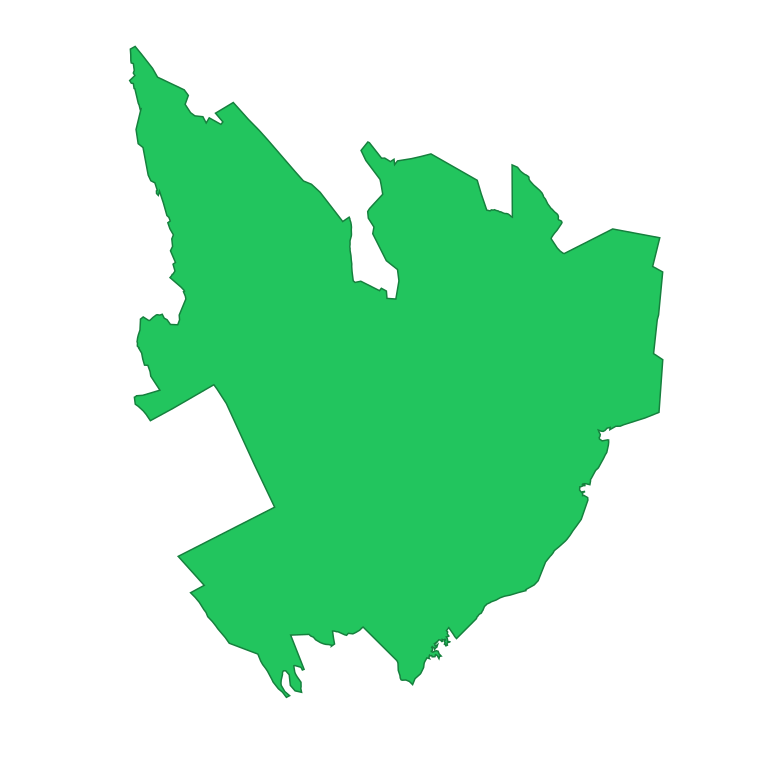 outline of San Lucas Ojitlán, Oaxaca, Mexico, rotated 184°
{"feature_id": "50627088B65217892760777", "entity_name": "San Lucas Ojitlán", "entity_type": "district", "adm_level": 2, "iso_a3": "MEX", "parent_name": "Mexico", "parent_adm1": "Oaxaca", "projection": "robinson", "projection_center": [-96.36, 18.035], "detail": "fine", "context": "isolated", "style": "filled", "palette": "green", "viewbox_px": 768, "rotation_deg": 184, "n_neighbors": 0, "source": "geoboundaries", "source_scale": "gbopen_adm2", "svg_char_len": 6123}
<svg xmlns="http://www.w3.org/2000/svg" viewBox="0 0 768 768"><g transform="rotate(184 384 384)"><path d="M655.8,703.4L660.4,700.4L659.6,694.8L659.1,689.0L658.6,686.7L656.4,686.1L655.0,679.4L655.8,676.7L654.0,674.3L658.9,669.0L657.1,666.5L655.0,666.2L653.9,661.3L653.1,661.1L648.7,646.9L647.7,645.1L646.4,640.9L645.6,641.4L649.1,620.6L646.0,606.6L640.9,603.1L633.8,575.9L630.8,570.5L626.6,568.7L623.7,561.4L624.5,560.8L624.2,558.2L622.3,556.4L621.4,560.7L616.8,549.4L612.3,536.9L610.2,535.2L608.6,531.7L610.9,529.8L608.4,523.9L604.5,518.1L605.8,513.9L604.5,506.5L606.3,502.0L600.5,490.7L602.8,488.8L600.4,482.1L602.2,478.9L602.9,478.6L603.5,477.1L604.9,475.2L593.0,466.3L589.9,463.4L589.5,462.7L590.5,462.1L588.3,457.8L587.6,455.0L593.1,438.5L592.4,433.7L593.9,428.7L601.2,428.5L604.9,433.0L607.8,434.3L610.1,438.1L612.4,437.1L615.2,437.3L616.1,436.9L619.1,434.3L622.0,431.1L623.2,431.0L628.9,434.1L631.5,431.7L631.4,430.6L631.2,420.8L632.5,415.8L633.0,412.9L633.3,408.8L632.8,407.9L632.7,404.6L630.9,403.0L631.2,402.7L627.9,397.9L626.4,392.1L624.2,386.1L620.9,386.2L618.2,380.0L617.2,375.5L607.1,362.2L623.9,355.9L630.1,355.0L631.0,354.0L632.1,353.4L630.7,346.5L627.6,344.6L622.2,340.3L619.1,337.0L614.5,331.1L592.6,345.1L553.7,371.4L550.3,367.4L539.9,353.5L507.5,294.2L484.5,253.5L577.3,197.7L549.3,170.6L562.4,162.3L557.4,157.9L553.0,153.3L547.9,146.3L545.6,143.7L543.6,139.6L538.7,135.1L534.7,130.7L532.7,128.2L524.6,119.9L520.3,114.6L491.0,105.8L487.6,98.9L485.4,95.6L482.3,92.1L480.2,89.4L475.2,81.4L473.8,78.9L468.1,72.6L463.8,69.5L459.5,64.6L456.4,66.5L461.5,70.3L465.5,76.2L465.9,78.3L465.9,81.4L465.0,87.0L465.1,88.4L465.0,89.6L464.3,90.9L462.1,91.1L458.3,87.3L456.4,76.8L451.3,71.7L444.7,70.7L445.8,74.5L445.6,76.2L446.0,80.7L450.4,86.1L452.0,88.5L452.9,90.3L454.1,95.4L454.2,96.7L453.1,96.9L447.1,95.6L445.5,93.0L443.8,93.8L459.6,127.0L441.4,129.0L439.5,127.5L436.7,126.5L434.4,124.1L429.4,121.6L426.2,120.6L423.8,120.2L420.8,120.2L418.1,119.7L418.2,118.7L415.2,121.2L416.6,126.7L418.1,133.9L416.5,134.1L414.3,133.6L412.5,133.6L405.8,131.1L403.8,130.7L402.2,132.8L397.6,132.6L394.9,134.1L391.1,136.7L389.3,138.8L387.9,140.1L351.9,109.0L350.8,107.2L350.5,105.9L349.8,99.3L347.7,94.2L347.3,91.9L346.7,90.7L346.2,90.0L345.1,89.8L341.9,90.2L341.1,90.1L337.9,89.0L334.5,86.1L332.5,92.2L327.5,97.3L327.0,98.2L324.7,103.9L324.5,108.0L324.1,109.5L322.1,113.8L319.4,113.2L320.1,114.3L319.7,116.6L319.0,116.0L317.4,116.4L316.9,115.2L314.2,115.5L313.9,116.3L313.9,117.3L313.4,117.7L311.8,116.6L310.0,113.9L309.6,116.2L308.0,116.6L310.2,118.6L311.4,121.2L313.3,121.6L316.7,119.9L317.7,120.3L318.2,120.8L317.1,121.6L317.1,123.0L317.4,123.9L318.1,124.5L317.6,125.4L316.6,124.5L316.0,124.5L315.6,124.3L315.0,122.8L314.0,124.4L313.0,125.1L312.3,127.9L314.3,126.2L314.8,126.5L315.2,127.2L314.9,128.2L313.8,129.4L314.7,129.2L312.5,131.3L311.4,132.7L309.8,132.4L308.3,131.1L307.9,131.3L307.8,132.1L308.2,133.0L308.2,133.3L306.0,132.8L305.5,133.6L305.0,133.5L304.8,132.8L305.7,132.2L306.0,131.5L305.0,130.3L305.6,128.7L304.5,128.2L304.3,127.4L304.0,127.1L302.5,127.9L303.0,129.3L302.6,130.4L300.4,131.2L300.3,131.4L301.2,131.6L302.1,131.4L302.6,131.8L302.7,133.0L303.2,134.7L304.2,136.1L302.2,136.7L301.7,137.1L303.1,138.7L303.5,139.5L303.2,141.1L304.5,142.3L302.4,145.5L297.2,139.0L295.8,137.0L293.9,135.1L275.5,156.3L274.9,158.2L274.1,159.1L273.3,160.5L272.0,161.6L271.2,162.0L270.6,162.9L270.3,164.0L269.6,165.0L268.4,168.7L267.9,169.5L266.7,170.7L266.2,171.5L262.5,173.6L262.0,174.1L257.1,176.3L253.3,178.8L249.0,180.7L243.5,182.2L235.4,185.3L228.0,187.8L228.3,188.6L227.0,189.6L220.1,194.1L216.5,198.5L210.4,217.7L206.1,223.9L205.1,225.0L203.5,227.4L202.6,229.4L201.8,230.3L198.1,233.8L192.1,240.0L190.6,241.9L187.8,246.2L185.1,251.1L182.3,255.4L177.8,262.7L172.5,282.4L172.9,284.9L176.8,286.8L178.1,286.5L178.2,289.8L176.5,290.3L176.6,290.8L178.9,290.2L179.3,289.6L181.5,291.8L181.5,295.1L180.6,295.2L177.6,296.7L176.6,296.6L176.5,297.0L177.5,297.3L178.6,296.8L179.1,297.5L178.8,298.1L177.5,298.5L175.7,298.6L171.6,297.9L171.2,301.6L171.3,303.2L170.7,304.1L166.9,312.5L164.3,315.3L159.7,325.3L158.4,328.6L157.0,331.3L155.9,338.7L155.8,342.0L156.0,342.2L156.0,343.8L156.9,343.9L162.4,342.5L165.2,344.1L165.6,345.8L165.0,346.6L164.7,348.7L166.0,350.8L167.0,353.0L164.2,352.1L162.1,352.0L160.3,353.1L158.4,355.5L155.4,356.5L155.5,354.2L149.8,358.0L145.4,358.4L142.0,360.1L121.1,368.4L107.7,374.9L107.6,427.7L117.2,433.1L115.9,467.1L114.9,472.0L113.8,515.2L124.2,520.0L119.1,549.1L166.7,554.6L213.3,526.7L214.6,527.0L217.7,529.0L220.7,531.8L227.4,540.6L227.1,541.8L225.7,544.3L224.3,546.5L222.0,549.6L218.1,556.4L217.7,557.5L218.3,558.8L219.5,559.4L221.0,559.8L221.7,560.7L221.7,563.2L222.3,564.7L223.4,565.9L225.9,567.6L228.6,570.2L229.4,570.6L233.3,575.2L235.8,579.6L237.9,581.9L238.4,583.4L239.8,585.7L242.3,588.1L248.8,593.1L252.4,596.6L253.6,598.3L253.9,600.5L254.5,601.1L256.7,602.4L258.2,602.9L261.2,604.8L262.9,606.1L265.9,609.5L271.5,611.5L267.6,559.4L269.1,560.1L269.9,560.9L271.9,562.2L273.6,562.6L275.4,562.5L276.7,562.8L279.5,563.9L280.8,563.8L281.7,564.5L284.9,565.1L285.7,565.6L287.2,565.1L289.0,565.2L290.3,564.1L293.6,564.6L300.3,580.5L305.2,593.7L353.2,616.8L363.1,613.5L372.4,610.7L386.1,607.5L388.7,603.6L389.7,608.9L393.1,606.3L399.0,609.4L402.2,609.1L415.4,623.7L417.0,624.3L423.2,615.4L417.7,605.7L402.2,587.8L400.6,582.0L398.5,573.2L410.6,558.1L412.3,554.9L411.2,548.3L405.0,539.9L405.7,533.1L390.3,507.2L378.5,499.1L376.3,487.9L378.1,469.6L387.0,469.6L388.1,476.9L393.3,479.3L395.0,476.8L414.3,484.9L420.0,483.3L421.9,484.8L423.7,493.9L424.4,498.9L424.5,501.5L425.3,505.4L425.9,509.6L427.2,515.1L427.3,516.8L427.7,518.5L427.6,521.0L427.9,524.5L426.9,529.6L426.9,531.1L427.4,535.6L427.4,538.2L427.8,540.6L428.4,543.0L429.4,545.3L429.6,546.5L430.4,548.0L436.5,543.2L461.1,570.8L470.3,578.2L478.5,580.9L487.2,589.4L516.9,619.3L526.4,628.5L537.7,638.5L554.0,654.3L571.0,642.4L563.0,634.2L564.8,631.6L576.9,637.3L579.6,632.0L583.3,638.0L591.4,638.3L595.9,641.2L601.9,649.1L599.3,658.2L603.8,663.5L631.3,674.3L636.8,682.6L648.4,695.5L655.8,703.4Z" fill="#22c55e" stroke="#15803d" stroke-width="1.5"/></g></svg>